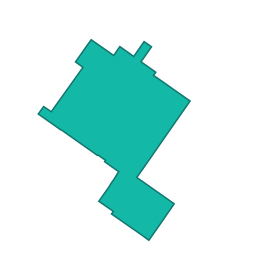 the district of Chaves, New Mexico, United States of America, rotated 305°
{"feature_id": "52423323B32246312222809", "entity_name": "Chaves", "entity_type": "district", "adm_level": 2, "iso_a3": "USA", "parent_name": "United States of America", "parent_adm1": "New Mexico", "projection": "mercator", "projection_center": [-104.512, 33.304], "detail": "fine", "context": "isolated", "style": "filled", "palette": "teal", "viewbox_px": 256, "rotation_deg": 305, "n_neighbors": 0, "source": "geoboundaries", "source_scale": "gbopen_adm2", "svg_char_len": 738}
<svg xmlns="http://www.w3.org/2000/svg" viewBox="0 0 256 256"><g transform="rotate(305 128 128)"><path d="M88.0,46.5L87.9,74.1L88.2,74.9L88.1,98.1L88.1,101.0L88.0,118.5L88.7,119.1L88.6,123.8L88.7,128.1L87.0,128.1L86.9,136.9L86.9,145.4L78.1,145.9L72.2,145.9L69.3,146.2L51.2,146.1L51.3,159.5L51.3,163.8L48.1,163.8L48.2,200.6L48.0,209.5L65.8,209.5L91.6,209.3L92.4,209.3L92.5,163.6L117.7,163.6L134.0,163.5L134.4,163.5L161.0,163.4L181.6,163.4L184.7,163.4L185.7,163.4L185.7,143.0L185.8,127.5L185.7,118.8L189.6,118.8L189.7,100.7L208.0,100.7L208.0,91.6L189.9,91.7L190.0,74.6L179.2,74.7L179.2,47.2L176.3,47.2L170.2,47.1L152.0,47.1L151.9,56.3L137.9,56.2L97.3,55.8L97.2,46.6L88.0,46.5Z" fill="#14b8a6" stroke="#0f766e" stroke-width="1.5"/></g></svg>